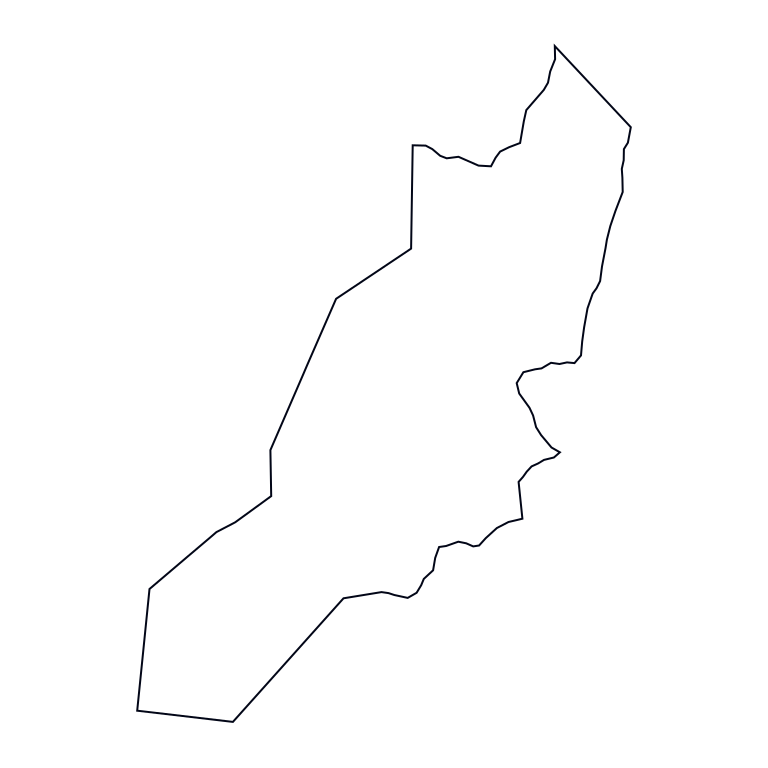 Morro do Chapéu do Piauí, Piauí, Brazil (Natural Earth projection)
{"feature_id": "56859067B47248632065637", "entity_name": "Morro do Chapéu do Piauí", "entity_type": "district", "adm_level": 2, "iso_a3": "BRA", "parent_name": "Brazil", "parent_adm1": "Piauí", "projection": "natural_earth1", "projection_center": [-42.228, -3.696], "detail": "fine", "context": "isolated", "style": "outline", "palette": "ink", "viewbox_px": 768, "rotation_deg": 0, "n_neighbors": 0, "source": "geoboundaries", "source_scale": "gbopen_adm2", "svg_char_len": 1286}
<svg xmlns="http://www.w3.org/2000/svg" viewBox="0 0 768 768"><path d="M621.8,168.9L623.7,160.3L623.9,149.1L627.9,142.7L630.8,127.2L554.8,46.1L555.1,59.2L550.2,71.5L548.0,82.7L543.8,89.9L526.3,110.1L523.8,121.4L520.1,143.0L509.1,147.2L500.1,151.6L495.6,157.7L491.0,166.3L478.5,165.6L458.5,156.8L446.7,158.3L440.2,155.8L432.3,149.1L425.7,145.6L412.7,145.3L411.1,248.6L336.1,298.8L307.0,365.5L303.2,374.4L270.4,450.1L271.2,496.1L235.2,522.3L216.4,532.1L209.1,538.4L188.3,556.0L149.5,589.0L144.4,639.6L137.2,710.7L232.9,721.9L261.1,690.4L343.5,598.3L381.5,592.1L388.5,593.1L394.3,595.0L407.7,597.9L416.6,592.8L421.2,585.2L423.8,578.9L433.1,570.3L435.2,557.9L439.1,547.0L446.1,546.0L458.3,541.7L466.2,543.3L473.2,546.4L479.1,545.5L485.8,538.1L496.9,528.0L508.5,522.0L516.6,520.1L522.4,518.7L518.6,481.9L523.0,476.9L526.7,471.7L531.6,466.4L538.0,463.5L544.0,459.9L553.9,457.5L559.9,452.3L551.5,447.5L541.1,435.1L536.1,427.2L533.1,415.5L529.5,407.8L519.2,393.5L516.7,383.1L523.4,372.2L535.1,369.3L541.5,368.4L551.0,362.8L559.5,364.0L567.0,362.4L574.5,363.1L581.0,355.4L582.2,341.4L584.1,327.5L587.5,308.4L592.7,293.5L596.5,288.3L600.1,281.1L602.0,266.5L605.5,248.3L606.9,239.6L610.3,226.1L615.5,210.8L622.7,192.0L622.4,177.8L621.8,168.9Z" fill="none" stroke="#020617" stroke-width="2"/></svg>